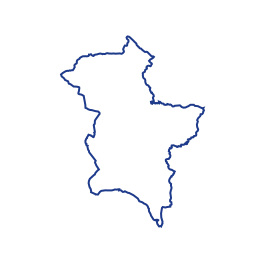 Merangin, Jambi, Indonesia, rotated 127°
{"feature_id": "22746128B71403115718321", "entity_name": "Merangin", "entity_type": "district", "adm_level": 2, "iso_a3": "IDN", "parent_name": "Indonesia", "parent_adm1": "Jambi", "projection": "robinson", "projection_center": [101.815, -2.207], "detail": "fine", "context": "isolated", "style": "outline", "palette": "blue", "viewbox_px": 256, "rotation_deg": 127, "n_neighbors": 0, "source": "geoboundaries", "source_scale": "gbopen_adm2", "svg_char_len": 5694}
<svg xmlns="http://www.w3.org/2000/svg" viewBox="0 0 256 256"><g transform="rotate(127 128 128)"><path d="M105.8,208.9L106.7,208.1L107.3,207.9L108.8,208.5L110.0,208.6L110.6,208.2L111.4,207.2L113.3,206.9L115.0,206.8L116.0,208.0L116.8,208.5L117.0,209.1L118.4,210.1L118.9,211.0L120.3,212.0L123.3,213.2L125.5,213.7L125.7,213.3L126.5,213.3L126.1,213.2L126.6,212.2L126.8,211.0L126.7,210.2L126.9,208.6L127.5,207.3L126.8,203.9L128.1,202.1L128.2,201.8L127.8,201.0L127.6,199.6L127.6,196.4L125.7,193.6L124.9,191.7L124.9,191.4L125.7,190.7L127.9,189.5L129.5,188.9L130.4,188.3L130.4,187.5L129.3,185.1L129.0,182.7L135.3,175.9L137.5,174.1L137.0,172.1L137.0,171.0L136.4,169.1L135.6,167.9L134.0,163.9L132.8,161.7L133.0,159.9L133.8,159.2L141.0,159.0L142.3,158.7L144.0,157.5L145.1,157.0L145.9,157.2L146.3,157.1L151.1,152.1L152.0,152.2L152.1,151.7L152.5,151.5L153.1,150.9L155.8,150.0L156.2,150.2L156.3,150.8L156.1,151.5L156.4,152.5L156.2,153.2L156.9,154.7L157.0,155.4L157.3,155.5L158.5,155.2L160.3,155.1L160.8,154.9L160.9,154.7L161.6,154.9L163.9,154.3L165.2,153.2L165.8,152.3L165.7,151.7L166.3,151.4L166.8,150.7L166.5,149.7L166.8,149.7L169.3,146.9L169.7,145.6L170.8,144.3L173.6,134.1L175.3,133.7L177.1,130.5L178.6,126.3L180.3,126.7L182.4,126.9L183.9,126.9L185.1,126.5L186.1,126.9L191.6,127.9L193.9,127.3L195.8,126.2L198.3,123.2L199.3,120.9L200.7,119.4L201.5,118.9L200.5,114.5L200.6,114.1L200.4,114.0L200.4,113.8L199.3,112.0L195.9,112.0L194.3,111.5L191.6,108.8L187.7,103.5L186.3,102.3L185.0,101.5L183.8,99.6L183.0,99.1L182.2,98.1L183.1,97.6L182.7,97.3L182.0,96.0L182.2,93.8L181.5,92.9L180.4,92.4L179.8,89.1L179.2,88.0L178.4,83.3L178.4,77.6L179.7,74.9L178.8,72.2L178.6,70.7L178.8,70.3L178.2,67.7L178.4,65.8L179.0,64.6L179.7,63.7L179.8,62.8L180.7,62.2L181.9,61.0L183.1,58.3L184.1,56.9L185.7,52.7L185.7,51.7L185.5,51.2L184.1,50.0L183.4,48.9L183.4,48.4L184.1,48.4L184.5,48.7L184.7,49.7L184.9,49.7L185.6,48.4L186.9,46.9L187.9,44.0L187.8,43.8L186.5,42.9L186.6,42.3L183.5,43.0L183.4,43.3L182.1,44.0L179.4,47.6L176.3,50.2L171.3,52.8L170.2,52.7L169.0,50.3L167.8,49.4L165.3,46.9L164.3,47.8L163.8,47.4L162.9,47.2L161.2,48.7L161.3,50.1L160.1,51.1L159.2,51.1L158.0,51.5L154.3,55.2L152.1,56.2L149.9,57.0L149.2,57.6L148.2,59.0L146.7,60.0L146.6,61.6L146.0,62.8L145.5,63.3L144.4,63.9L142.9,64.2L141.4,64.2L140.8,64.4L140.5,63.9L139.7,64.2L138.7,63.8L137.8,63.8L137.5,64.1L137.2,64.0L136.9,64.1L136.3,64.0L135.9,64.3L134.6,64.5L135.0,66.7L135.0,67.8L135.3,68.2L135.3,68.5L135.6,69.0L135.8,69.6L135.7,71.1L134.7,72.7L133.7,72.7L132.8,74.4L132.6,76.0L131.9,76.3L131.8,77.6L130.8,78.6L130.4,78.7L129.6,78.3L128.1,76.8L127.5,76.7L126.8,77.0L126.0,76.8L124.7,77.4L124.2,77.9L123.7,79.4L122.6,79.5L122.2,80.3L122.1,81.3L121.6,81.4L120.9,82.1L119.5,82.2L119.0,81.8L118.7,82.2L118.2,81.4L117.3,81.2L116.8,81.7L116.6,82.2L115.7,82.6L114.4,81.2L113.9,79.2L113.5,78.3L113.7,77.6L113.5,77.2L112.7,76.7L112.3,76.9L112.0,76.7L111.3,75.2L110.9,74.6L110.5,74.7L110.0,75.3L109.7,75.1L109.2,75.4L108.9,75.1L108.2,73.8L107.7,73.3L107.2,73.3L106.8,72.9L106.2,73.1L105.9,72.7L105.8,71.7L105.4,71.3L104.8,71.4L104.4,72.5L104.2,72.3L103.5,72.5L103.3,71.9L103.0,71.6L102.0,71.8L101.5,72.3L101.1,73.2L100.9,73.2L99.6,71.8L99.2,71.9L98.7,71.5L98.3,71.6L97.9,71.5L97.5,71.7L96.9,71.0L96.5,70.9L96.0,70.2L95.1,70.5L94.6,70.4L94.2,69.9L93.0,69.1L92.3,69.4L90.8,70.8L89.6,70.9L88.1,70.6L86.8,71.2L85.6,73.3L83.7,75.1L80.7,76.2L80.1,77.5L78.1,77.9L75.1,77.5L73.3,78.3L73.0,78.0L72.8,77.4L71.9,77.1L70.6,77.2L69.5,77.9L69.3,77.8L68.3,77.9L68.0,78.3L67.6,79.6L66.6,79.8L67.5,80.5L68.0,82.5L68.5,85.3L70.1,88.0L69.9,89.4L71.9,92.1L74.2,92.9L76.3,94.1L77.0,94.4L78.4,96.0L78.9,97.8L78.7,99.4L78.7,100.2L82.2,104.1L83.0,104.3L83.8,105.1L83.9,105.7L83.6,107.5L83.8,108.4L84.4,108.8L85.1,111.0L85.7,110.8L86.3,111.4L86.8,111.7L87.1,112.4L87.6,113.0L87.2,114.3L88.0,115.5L87.9,117.7L88.3,117.7L88.3,118.3L88.7,118.0L89.2,117.9L89.1,118.4L89.3,118.2L89.5,118.3L89.5,118.6L89.9,118.7L90.3,119.4L90.6,119.4L90.9,120.4L91.2,120.5L91.4,120.9L91.7,120.8L91.8,121.1L92.1,121.2L92.3,121.9L92.2,122.4L92.5,122.6L92.5,123.0L92.8,123.5L93.4,123.9L94.1,123.4L94.4,124.1L94.2,124.5L93.8,124.5L93.7,125.0L93.4,125.3L93.3,125.1L92.9,124.8L92.5,124.9L92.2,124.5L91.7,124.2L91.7,123.9L91.4,123.5L91.0,123.5L88.9,126.3L88.3,126.5L87.1,126.5L86.1,127.7L85.8,129.5L85.4,130.0L85.9,130.4L84.8,132.7L83.8,134.0L83.2,134.0L82.6,134.3L82.4,134.5L82.4,136.2L81.9,136.8L81.9,138.0L82.2,138.6L82.2,139.4L81.7,140.7L80.6,142.1L79.5,142.9L78.9,143.7L78.7,145.9L78.4,146.4L77.2,147.7L75.9,148.6L75.4,149.2L74.7,149.2L72.9,148.4L71.3,149.2L69.3,148.6L68.8,148.9L68.6,149.5L68.4,149.8L67.7,150.0L66.7,149.7L66.1,149.3L65.6,148.6L65.2,147.3L64.7,147.1L63.6,147.4L62.7,147.4L62.2,147.8L62.2,149.1L61.9,151.2L61.7,151.6L60.6,151.4L60.0,151.5L58.4,150.7L56.5,150.1L55.6,150.1L55.6,150.6L55.7,151.2L56.4,152.0L56.5,152.6L55.7,158.3L56.1,159.2L56.9,160.0L57.1,160.5L57.0,164.0L56.7,165.2L57.1,166.0L57.2,166.7L57.1,167.4L56.8,168.0L56.9,169.0L56.6,169.8L56.6,170.8L56.0,171.7L55.6,172.0L55.4,173.1L55.3,173.5L55.4,174.1L55.0,176.1L54.5,180.8L54.6,182.4L55.2,183.5L56.1,183.7L56.6,183.6L57.4,182.5L57.6,180.6L58.4,179.8L59.0,179.5L60.8,179.5L62.2,178.6L62.8,178.4L63.2,178.6L64.0,180.1L65.2,180.0L68.0,179.3L69.2,177.4L69.8,177.1L71.7,177.3L72.6,177.8L73.5,179.6L76.2,182.7L77.1,184.3L78.6,186.0L79.5,187.4L79.9,187.8L80.6,189.4L81.4,190.2L82.8,190.9L83.8,192.5L84.3,192.7L85.1,194.8L86.0,195.7L87.9,197.1L88.8,197.9L89.1,198.4L90.1,198.7L90.3,199.0L91.2,198.9L91.4,199.2L91.7,200.8L91.4,202.0L92.6,202.8L92.9,203.3L93.4,202.9L94.2,202.9L94.8,203.3L95.6,204.1L96.0,204.8L97.9,207.2L99.8,208.2L101.0,208.6L102.0,208.4L103.8,209.2L104.6,209.3L105.8,208.9Z" fill="none" stroke="#1e3a8a" stroke-width="2"/></g></svg>